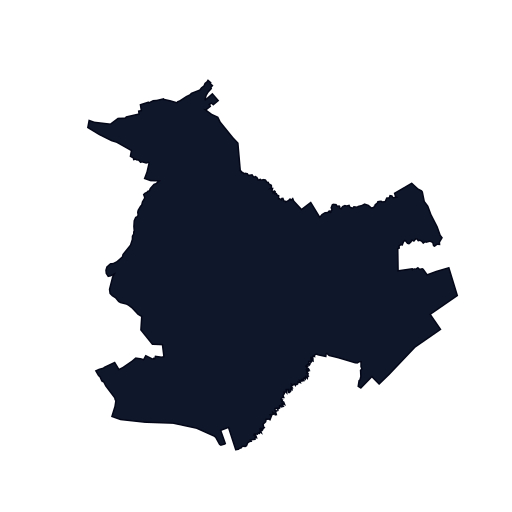 Ghizela, Timis, Romania (orthographic projection), rotated 255°
{"feature_id": "2599482B86350995908536", "entity_name": "Ghizela", "entity_type": "district", "adm_level": 2, "iso_a3": "ROU", "parent_name": "Romania", "parent_adm1": "Timis", "projection": "orthographic", "projection_center": [21.749, 45.838], "detail": "fine", "context": "isolated", "style": "filled", "palette": "ink", "viewbox_px": 512, "rotation_deg": 255, "n_neighbors": 0, "source": "geoboundaries", "source_scale": "gbopen_adm2", "svg_char_len": 6096}
<svg xmlns="http://www.w3.org/2000/svg" viewBox="0 0 512 512"><g transform="rotate(255 256 256)"><path d="M369.7,267.7L376.2,264.2L394.6,256.0L399.9,255.0L404.2,249.8L410.4,244.9L410.2,245.6L412.4,250.6L414.5,250.1L415.1,252.7L413.2,253.9L415.9,259.7L423.9,255.8L419.9,247.8L420.2,247.3L423.9,249.2L426.6,251.9L429.3,256.1L430.4,255.9L431.9,258.0L434.2,256.4L435.1,257.1L438.1,255.1L436.9,253.8L435.9,251.5L433.7,249.8L432.5,246.9L430.8,244.7L429.8,235.7L428.7,233.9L428.0,230.1L425.5,222.5L425.3,220.4L424.5,219.2L428.1,213.3L431.2,207.3L431.7,207.3L431.9,200.5L432.6,196.9L431.6,192.2L432.4,191.8L432.1,185.1L432.0,183.5L426.1,182.9L426.3,180.2L423.4,179.8L423.9,166.7L422.9,165.5L424.6,158.4L421.0,149.5L427.0,134.4L430.1,129.9L423.6,126.8L413.9,136.1L404.8,146.4L402.0,150.9L390.1,163.0L384.8,160.5L382.4,163.0L380.8,162.8L380.7,164.7L379.7,165.7L379.2,167.4L376.4,168.8L376.5,170.3L374.3,174.0L374.3,176.4L373.4,176.8L365.3,172.5L359.7,168.5L356.1,173.7L353.5,182.5L353.1,182.9L353.5,181.6L351.7,178.2L351.6,176.1L348.6,171.5L346.5,169.9L346.5,168.3L345.7,167.2L345.3,165.0L344.4,163.4L341.6,163.7L340.4,163.2L337.7,160.4L334.7,158.8L334.0,157.5L330.7,154.1L328.8,153.1L325.7,152.7L324.4,150.8L324.4,149.8L321.5,147.5L316.1,145.7L311.2,144.8L311.0,144.2L308.9,143.6L307.1,141.8L304.0,140.9L298.9,137.6L291.9,128.0L289.7,126.8L286.4,120.1L285.6,116.2L286.1,113.5L285.8,112.8L284.0,109.2L281.1,107.4L278.0,106.9L274.6,108.0L274.5,110.4L275.3,114.5L272.8,112.1L261.7,105.9L257.6,105.4L254.8,107.0L252.0,109.6L247.6,111.6L246.1,113.1L243.1,118.5L241.7,120.0L238.0,122.9L230.1,127.1L227.2,130.0L214.4,125.7L197.6,133.1L194.6,142.7L182.5,141.0L182.7,138.5L185.1,132.9L182.9,131.6L183.6,130.6L182.8,129.9L188.2,123.7L184.9,120.6L186.5,118.1L188.5,113.4L186.5,109.3L182.7,98.6L181.8,94.2L189.7,91.9L187.7,80.8L187.1,79.6L187.1,75.2L186.5,71.6L181.3,73.0L179.6,74.1L175.6,74.7L174.6,75.1L174.7,75.9L173.3,76.5L169.4,77.3L155.6,82.9L153.6,82.8L152.7,83.3L147.2,80.9L138.3,75.3L133.1,82.9L124.2,105.8L116.0,132.7L105.1,154.0L92.8,169.1L91.2,170.2L83.5,172.1L82.4,173.1L82.5,177.2L82.8,177.8L96.7,176.7L97.6,185.1L74.1,186.3L73.9,189.2L74.5,190.0L74.5,192.0L75.8,193.6L74.8,196.3L75.2,197.7L77.8,199.7L78.5,202.0L78.3,203.4L79.8,203.1L79.2,207.6L81.1,208.0L80.3,209.5L82.3,209.4L83.7,207.6L84.5,208.3L83.8,209.2L84.0,210.2L83.5,211.3L84.5,212.5L83.8,213.4L85.3,214.3L83.9,215.4L86.6,215.2L86.8,215.6L85.9,216.6L86.3,217.2L87.5,215.1L88.1,215.1L88.4,215.7L87.4,217.9L88.1,219.6L89.0,219.1L91.7,219.3L93.4,222.4L95.7,223.5L95.1,226.3L94.2,227.1L97.6,229.6L99.0,228.5L99.2,229.2L98.6,230.5L98.7,231.8L100.6,231.7L99.1,233.1L97.6,233.5L97.5,234.6L100.2,234.6L100.8,234.9L101.0,235.9L101.8,234.4L103.8,234.9L103.6,236.6L102.0,237.4L103.4,237.9L102.9,238.7L103.1,239.5L105.3,240.0L105.1,241.1L103.7,241.4L103.7,243.5L106.5,242.5L106.9,242.9L105.1,245.2L107.8,244.9L108.9,243.4L110.1,244.3L110.9,243.1L111.6,243.1L112.4,244.5L112.1,246.2L114.1,245.9L116.0,247.9L117.2,247.7L116.9,249.8L115.8,250.3L117.9,250.9L118.3,250.3L119.2,250.5L118.8,252.6L115.7,252.3L115.5,253.0L116.5,254.5L118.1,254.6L117.4,256.2L118.2,256.3L119.0,255.3L119.5,255.7L119.3,256.9L121.1,256.2L121.6,256.6L121.5,257.6L122.8,257.3L121.9,258.4L122.4,260.0L120.8,260.5L121.8,261.3L121.3,262.2L121.8,263.3L123.4,263.9L122.2,266.1L124.5,265.8L123.3,267.8L124.8,268.0L125.0,268.7L123.3,269.4L123.2,270.1L125.7,270.5L125.9,271.4L124.6,271.9L126.6,272.8L124.6,273.9L125.9,274.4L126.4,275.5L127.5,274.9L128.7,275.9L129.7,274.6L130.6,275.9L131.5,275.4L131.5,277.0L133.0,275.3L133.3,276.4L132.7,277.7L133.8,277.4L134.4,276.0L135.2,276.2L136.1,277.5L136.0,275.9L136.6,275.6L138.1,278.1L137.7,278.9L136.8,279.2L137.2,279.8L137.9,280.2L138.9,279.3L140.4,279.6L140.0,281.0L139.0,281.4L139.6,282.2L141.1,282.4L139.8,283.9L142.2,284.4L142.0,283.2L143.2,282.4L143.8,282.7L143.4,284.4L144.6,285.3L143.8,286.5L144.9,286.6L145.5,288.0L145.4,289.5L144.6,290.2L140.9,297.4L143.2,298.3L143.6,299.3L141.0,300.9L136.5,309.1L127.2,324.2L126.5,326.3L127.2,328.1L126.7,330.1L122.0,328.8L119.6,329.1L118.5,327.4L112.5,326.1L109.4,324.4L108.9,323.3L103.7,321.0L101.4,323.1L109.5,336.7L100.5,341.8L107.3,354.0L126.9,386.0L137.4,415.2L154.6,409.1L165.7,440.2L194.7,439.2L194.4,426.2L193.5,416.4L199.9,414.0L200.6,413.3L200.7,410.6L202.7,409.3L201.9,406.9L202.5,405.5L202.3,403.6L203.2,403.6L204.9,389.4L226.3,394.8L226.6,396.4L228.6,396.7L229.5,398.8L228.8,400.1L231.4,402.0L232.5,403.6L232.3,404.2L229.1,405.6L228.3,406.9L229.3,409.0L230.9,410.7L229.6,412.4L231.2,414.7L231.0,415.8L228.8,416.7L228.8,418.3L227.4,419.9L225.2,420.9L226.0,422.8L225.3,424.1L225.3,427.7L224.3,429.3L222.9,430.3L220.1,430.2L219.3,431.0L220.5,433.9L219.7,436.3L221.9,436.7L225.5,440.4L228.4,439.2L237.2,438.5L250.7,435.6L259.6,434.8L265.1,432.6L274.8,433.2L276.1,432.7L278.8,429.7L285.9,425.2L280.7,406.1L277.6,406.2L276.5,406.9L276.7,403.9L277.3,403.1L278.8,402.8L279.6,401.1L277.6,399.8L278.1,397.3L275.0,394.8L275.6,391.6L276.3,391.3L276.7,390.1L276.9,387.8L275.9,387.2L274.6,384.4L273.8,384.4L273.5,383.3L272.4,382.4L272.5,379.8L275.8,377.6L278.0,374.3L277.3,371.3L277.4,367.6L276.9,366.4L278.2,363.3L277.1,361.8L278.8,359.3L280.8,359.0L280.8,356.5L281.7,354.9L281.3,352.5L279.6,350.4L281.0,349.1L281.9,349.6L282.8,349.2L282.8,347.4L284.9,346.6L285.9,344.0L285.7,343.0L283.1,341.1L280.9,341.5L280.4,340.2L278.8,339.5L278.8,338.9L280.5,338.3L279.4,336.6L279.9,333.9L278.9,330.5L276.8,327.6L293.5,322.7L289.1,312.0L299.3,306.6L301.9,306.3L300.8,304.4L302.2,303.6L301.1,301.7L300.5,298.8L301.2,298.6L301.8,297.2L304.7,296.9L304.9,295.9L303.7,294.9L305.3,293.6L305.5,292.5L308.3,293.5L309.4,292.1L311.0,291.8L311.2,290.3L313.0,291.2L314.0,290.7L313.8,289.7L312.8,289.6L312.5,288.9L314.0,289.2L314.8,288.1L316.9,289.5L317.4,287.2L317.9,288.6L320.3,289.1L322.5,286.9L323.9,286.9L324.5,285.5L326.9,284.8L327.8,283.1L327.9,280.6L329.0,279.9L328.5,278.4L328.8,277.9L331.7,277.1L333.0,275.8L332.5,274.6L332.8,274.1L335.4,273.2L335.8,269.5L337.7,268.9L338.6,267.1L338.8,265.3L339.9,265.0L340.5,263.6L341.3,263.9L342.6,262.9L369.7,267.7Z" fill="#0f172a" stroke="#020617" stroke-width="1.5"/></g></svg>